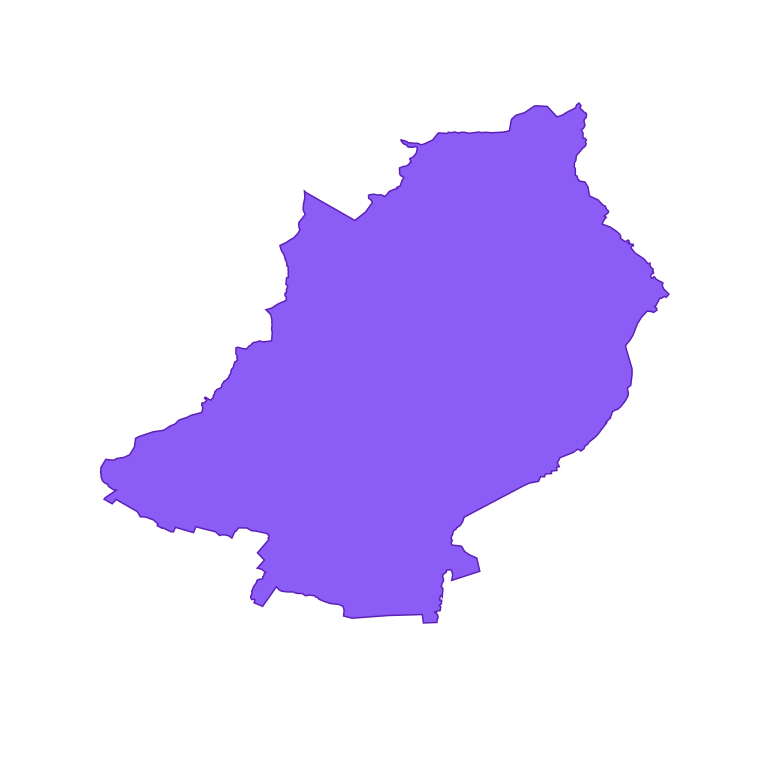 the district of Pomezeu, Bihor, Romania, rotated 349°
{"feature_id": "2599482B80861460675946", "entity_name": "Pomezeu", "entity_type": "district", "adm_level": 2, "iso_a3": "ROU", "parent_name": "Romania", "parent_adm1": "Bihor", "projection": "robinson", "projection_center": [22.3, 46.795], "detail": "fine", "context": "isolated", "style": "filled", "palette": "violet", "viewbox_px": 768, "rotation_deg": 349, "n_neighbors": 0, "source": "geoboundaries", "source_scale": "gbopen_adm2", "svg_char_len": 6143}
<svg xmlns="http://www.w3.org/2000/svg" viewBox="0 0 768 768"><g transform="rotate(349 384 384)"><path d="M441.9,572.6L435.0,567.7L431.1,563.7L429.3,558.4L428.1,557.5L419.9,555.1L419.5,552.8L421.2,550.8L420.4,548.5L421.4,545.9L422.0,545.7L423.1,544.0L423.0,543.2L424.6,541.1L427.1,540.2L427.7,539.1L431.6,537.6L434.7,534.5L437.3,530.0L500.9,510.7L508.1,509.0L517.1,509.1L520.0,504.8L523.9,505.7L525.4,503.1L531.3,503.9L531.8,501.4L537.2,501.9L537.5,498.6L540.3,498.6L539.1,493.9L540.6,492.8L542.7,489.9L556.8,487.3L561.6,485.0L563.0,485.7L564.5,487.3L567.9,485.7L569.5,483.2L572.3,482.1L574.5,479.9L581.2,476.5L584.4,474.2L595.2,464.5L594.6,463.8L600.0,460.4L599.8,459.7L601.5,457.5L602.8,454.9L605.2,453.9L608.8,453.3L612.0,451.5L617.3,446.9L621.2,442.4L622.1,439.5L622.1,434.4L625.9,432.5L629.4,421.8L630.4,416.2L628.3,393.7L628.8,392.0L633.8,387.9L637.8,383.5L644.3,373.1L649.7,367.4L656.2,362.7L660.3,363.9L662.3,365.2L666.1,363.5L665.9,361.4L664.4,359.6L666.0,358.8L670.4,353.2L671.3,352.4L672.7,352.8L675.8,351.5L677.6,352.8L680.8,350.2L676.7,344.0L675.9,340.4L677.1,338.0L671.3,333.3L670.1,330.7L669.2,330.1L668.3,331.3L666.7,331.2L666.3,328.8L666.8,327.7L669.8,326.4L669.7,324.9L669.1,324.9L670.1,322.6L668.2,320.5L667.8,317.3L668.2,316.1L666.1,316.4L663.2,311.0L655.5,303.4L652.4,297.4L653.7,295.8L655.0,296.0L655.3,295.3L654.7,294.8L655.0,294.4L650.9,293.1L650.6,292.0L651.9,291.8L651.4,290.9L651.8,290.2L651.4,289.6L650.3,289.3L648.5,290.4L647.3,289.7L644.0,286.2L644.6,283.8L643.7,281.5L640.6,277.6L635.7,272.9L628.9,268.8L629.3,267.4L631.9,264.4L634.0,262.8L632.1,261.1L636.7,258.7L637.5,257.2L635.6,254.6L635.2,251.6L633.0,250.1L629.3,244.2L621.6,238.6L621.8,229.5L619.7,223.9L615.0,222.3L613.2,219.2L613.2,216.8L611.7,215.5L612.9,209.1L612.1,206.6L612.6,205.8L613.0,203.4L615.1,200.9L615.9,197.9L617.1,196.0L624.3,190.3L626.9,189.0L628.3,186.9L628.0,184.3L629.3,183.0L628.4,181.3L626.2,180.5L627.3,175.5L626.7,174.4L626.4,171.8L628.5,171.2L630.6,168.6L630.5,163.6L631.6,161.9L633.3,161.0L634.0,159.0L634.1,156.8L631.6,154.6L631.2,153.2L629.6,151.8L629.3,150.2L630.5,148.3L629.0,145.4L626.3,146.7L624.9,149.2L622.9,150.1L615.4,152.1L610.4,154.1L604.8,154.8L597.2,142.7L587.7,140.2L584.9,139.8L573.6,144.5L565.1,145.3L561.8,147.1L559.8,148.5L559.0,149.9L555.5,159.1L553.5,159.5L548.3,159.4L537.6,157.9L532.3,156.4L527.6,155.8L524.9,154.7L515.7,154.2L510.3,152.0L507.2,151.6L505.3,151.9L500.9,149.9L498.8,150.3L495.2,149.2L493.8,150.1L485.2,147.9L478.3,153.8L469.4,156.0L466.1,156.3L462.7,153.9L461.1,153.9L453.6,151.6L452.7,150.4L447.4,147.6L447.1,147.9L448.2,150.7L449.2,152.1L451.7,153.7L452.9,156.0L457.7,157.2L460.2,156.8L461.5,157.9L461.5,159.8L459.5,163.8L455.9,166.7L452.2,167.8L452.9,171.5L451.7,171.7L450.2,173.1L447.4,174.4L444.9,174.1L440.4,174.9L439.5,180.8L440.1,182.6L442.7,184.7L442.3,185.9L440.4,187.8L437.8,192.5L434.0,193.6L434.3,194.4L433.2,194.9L432.1,194.7L426.5,195.8L424.9,196.7L423.3,198.4L420.2,200.1L418.5,198.4L416.5,197.5L413.9,197.4L410.5,195.8L405.7,195.4L404.7,196.2L404.4,198.7L406.8,201.6L407.1,203.8L398.7,211.7L386.6,217.9L344.2,181.4L342.7,179.4L341.9,185.9L339.3,192.1L337.9,197.4L338.3,200.1L339.2,202.4L331.3,209.2L330.5,212.0L330.6,215.5L331.2,216.2L328.5,219.5L323.3,223.4L319.7,224.4L315.2,226.4L308.3,228.2L308.5,232.0L309.4,235.4L310.5,237.6L310.9,242.9L311.6,246.1L311.2,249.8L312.2,250.4L312.2,252.1L311.6,253.4L311.6,255.2L310.8,258.3L310.9,260.4L310.3,261.1L309.0,260.9L308.5,261.6L306.7,267.5L308.0,268.7L307.8,270.5L306.2,272.6L306.0,274.8L305.0,276.2L304.1,276.1L303.7,278.4L304.7,280.3L303.9,283.2L294.9,285.3L288.6,288.0L282.3,288.6L285.3,293.0L286.1,294.9L286.2,299.9L285.6,302.0L285.6,303.9L284.1,309.0L284.2,311.8L281.9,320.2L273.2,319.6L270.0,317.9L267.0,318.6L264.0,318.3L262.5,318.9L261.0,320.3L258.6,321.1L255.7,323.4L251.4,322.0L247.5,320.0L245.6,320.2L244.4,326.3L245.3,328.8L244.6,330.0L244.6,332.9L241.6,334.0L239.0,339.2L237.0,340.5L235.3,344.7L233.9,345.9L232.4,348.5L232.2,348.3L229.0,350.6L227.9,350.5L227.1,351.2L224.8,353.8L223.8,356.0L222.8,356.7L218.9,357.5L216.4,359.5L215.5,362.0L214.3,362.6L214.0,364.4L210.9,366.8L208.9,365.5L206.7,363.2L205.8,362.9L205.1,363.5L206.4,365.5L206.7,366.5L203.2,368.4L202.6,367.9L201.5,368.1L201.0,370.1L201.6,371.2L201.1,374.1L199.6,377.2L188.8,377.9L183.6,379.3L177.0,380.1L174.9,380.8L171.3,383.4L165.8,384.5L158.9,387.4L148.3,386.9L133.7,388.8L129.8,389.9L127.1,398.0L120.9,404.9L114.9,406.4L107.2,406.1L105.2,407.0L103.1,407.0L96.6,404.9L90.3,411.8L88.9,417.2L88.9,418.1L89.5,418.4L88.6,420.7L89.1,424.7L89.7,426.2L91.8,428.6L93.5,429.5L94.0,431.9L97.8,435.8L100.9,437.1L88.7,442.4L87.2,443.7L94.3,449.7L99.1,446.3L117.0,461.8L118.0,463.3L119.4,467.8L124.5,469.1L131.9,473.5L135.5,478.5L134.3,479.8L138.6,483.2L138.9,482.6L146.4,488.2L149.1,489.0L151.9,484.9L168.6,493.5L172.3,488.1L175.4,489.9L190.4,496.9L193.6,501.3L195.6,501.1L199.5,501.9L202.6,503.4L205.3,506.2L209.7,500.1L210.5,500.4L213.3,497.9L214.5,497.6L221.9,499.2L226.0,502.7L230.0,503.9L240.0,508.1L241.7,510.0L242.4,511.7L240.8,513.1L241.3,514.7L227.6,525.6L233.0,534.0L224.4,540.6L228.6,542.5L232.0,546.5L230.3,547.2L229.4,549.2L228.1,550.2L228.1,551.4L227.2,552.3L224.2,551.9L222.7,552.1L221.6,552.9L220.7,554.9L217.6,557.7L215.1,561.5L214.6,562.4L214.6,564.2L212.4,567.4L212.6,569.6L213.3,570.4L215.6,570.6L216.2,571.1L214.7,573.9L222.4,579.1L239.7,562.5L241.7,566.0L244.0,567.9L250.0,569.8L254.9,570.7L258.4,572.9L263.6,574.0L266.6,576.9L270.8,577.0L275.5,578.6L276.2,580.0L278.1,580.9L278.8,582.6L283.6,585.9L289.4,589.2L297.6,591.8L301.2,594.3L301.7,596.8L301.5,599.4L300.0,604.0L308.0,607.8L344.2,612.1L377.6,617.6L377.1,626.1L390.5,628.2L390.7,626.7L392.7,623.0L392.7,621.3L391.9,619.8L391.9,618.9L390.6,618.7L390.4,617.4L391.9,617.9L392.7,617.0L395.8,617.2L397.2,613.5L396.0,612.2L398.4,610.7L398.8,608.6L399.3,608.3L399.2,607.2L397.2,606.6L398.9,602.8L400.0,602.6L400.5,604.1L402.8,596.1L401.6,593.7L403.3,590.1L404.5,589.3L405.2,586.7L404.7,584.4L405.3,583.5L405.4,582.4L409.3,580.6L409.5,579.1L409.8,578.8L414.0,578.9L415.1,582.0L414.8,585.3L412.9,589.7L442.3,586.1L441.9,572.6Z" fill="#8b5cf6" stroke="#5b21b6" stroke-width="1.5"/></g></svg>